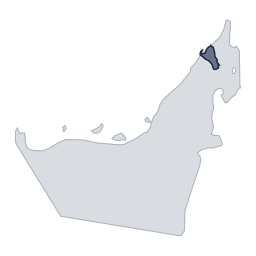 Umm Al Qaywayn highlighted on a map of United Arab Emirates
{"feature_id": "ARE-339", "entity_name": "Umm Al Qaywayn", "entity_type": "Emirate", "adm_level": 1, "iso_a3": "ARE", "parent_name": "United Arab Emirates", "parent_adm1": "", "projection": "equal_earth", "projection_center": [55.75, 25.47], "detail": "fine", "context": "in_parent", "style": "filled", "palette": "slate", "viewbox_px": 256, "rotation_deg": 0, "n_neighbors": 0, "source": "natural_earth", "source_scale": "10m", "svg_char_len": 3073}
<svg xmlns="http://www.w3.org/2000/svg" viewBox="0 0 256 256"><path d="M236.4,46.1L239.4,51.1L239.9,85.5L240.6,87.9L239.0,88.3L237.2,90.9L235.0,95.0L232.1,97.1L229.8,99.4L227.5,102.3L225.5,103.0L222.9,99.2L221.2,95.4L221.6,94.6L222.8,94.4L223.3,92.4L222.6,89.6L220.8,88.5L218.6,88.4L216.5,89.7L214.3,92.2L213.0,94.9L212.8,100.3L213.4,106.4L213.4,109.4L212.2,113.1L211.7,118.5L212.6,122.7L213.4,125.2L213.5,127.3L211.4,134.0L213.2,135.3L219.2,135.7L221.0,140.3L222.2,143.4L221.9,145.2L217.6,146.6L212.2,148.1L208.4,147.7L201.4,149.8L197.7,152.9L198.8,154.9L200.1,156.4L200.7,160.6L199.6,166.5L197.6,172.2L195.1,179.4L192.3,187.7L188.4,200.1L185.1,209.9L184.7,216.9L184.8,221.5L184.4,230.7L181.2,235.7L180.5,235.9L176.8,235.3L175.5,235.1L172.0,234.5L166.4,233.6L159.3,232.4L150.8,231.0L141.3,229.5L131.2,227.8L120.7,226.1L110.3,224.4L100.2,222.7L90.7,221.2L82.2,219.8L75.1,218.6L69.6,217.7L66.0,217.1L64.7,216.9L60.8,216.3L58.7,212.9L56.1,208.7L53.6,204.6L51.0,200.5L48.5,196.4L46.0,192.3L43.4,188.1L40.9,184.0L38.3,179.9L35.8,175.8L33.3,171.7L30.7,167.6L28.2,163.5L25.6,159.3L23.1,155.2L20.6,151.1L18.1,147.0L16.4,144.3L15.4,141.2L15.4,133.0L15.4,131.3L17.2,128.0L18.0,130.3L19.9,133.5L23.1,132.7L24.7,133.3L25.7,144.5L28.0,148.5L31.0,150.1L40.9,151.0L47.1,149.5L59.4,142.2L65.8,139.5L83.5,140.0L97.6,143.0L119.7,144.9L124.0,144.4L136.0,138.5L143.3,133.3L147.6,131.8L150.5,126.8L152.4,120.2L154.1,116.0L156.3,113.9L158.3,110.3L160.0,104.4L164.1,98.5L180.5,84.0L190.1,71.9L190.9,67.9L196.1,62.0L200.3,55.6L219.8,37.2L223.7,29.6L226.0,21.1L226.2,20.4L227.9,20.1L230.3,21.4L230.5,27.7L229.7,33.8L229.6,40.1L229.2,43.6L231.1,46.4L234.1,47.6L235.5,47.5L236.4,46.1ZM235.7,71.9L235.9,69.3L235.5,67.9L233.4,67.7L232.6,70.0L232.3,73.3L233.7,73.6L235.7,71.9ZM125.7,138.1L125.7,140.2L120.9,139.6L119.6,140.7L115.7,140.1L111.9,138.6L114.5,136.0L121.3,133.0L124.1,135.7L125.7,138.1ZM97.8,133.0L94.4,133.4L91.2,131.0L97.9,127.8L99.7,126.4L101.6,123.5L103.2,126.0L101.4,129.9L100.2,131.6L97.8,133.0ZM150.9,121.5L150.4,122.7L149.1,122.6L145.8,121.5L144.8,119.7L146.8,117.6L147.7,117.5L149.1,119.7L150.9,121.5ZM64.4,131.1L63.6,131.6L62.8,128.2L62.9,127.1L65.0,125.6L66.3,128.4L64.4,131.1Z" fill="#d9dde1" stroke="#a8b0b8" stroke-width="1"/><path d="M200.0,54.6L200.2,53.9L200.4,52.8L200.9,51.6L201.6,50.6L202.4,50.2L202.0,51.2L201.5,52.0L201.2,52.8L201.5,53.6L202.2,54.0L203.1,53.8L204.1,53.4L205.1,53.2L205.4,52.7L206.1,50.3L206.6,49.4L207.8,47.8L208.5,47.1L210.1,46.3L210.7,45.3L210.8,45.4L211.9,46.7L212.2,46.7L212.7,46.9L213.1,47.1L213.3,47.6L214.6,52.6L214.8,53.9L214.8,54.9L214.8,55.5L215.0,56.3L215.3,57.1L217.0,59.4L217.3,60.0L217.3,60.6L217.1,61.1L216.9,61.6L217.0,62.1L218.2,63.5L219.2,65.0L218.3,64.9L218.2,65.1L218.1,65.3L218.3,66.1L218.5,66.6L218.5,67.2L218.5,67.6L218.3,68.0L218.1,68.2L217.7,68.4L217.0,68.7L216.5,69.0L216.2,69.2L215.5,69.3L214.9,69.4L214.3,69.3L213.8,69.1L213.5,68.8L213.2,68.1L212.7,66.8L212.4,65.2L212.0,64.4L211.4,63.6L209.3,61.3L208.4,60.5L205.1,58.9L204.5,58.5L203.1,57.0L200.1,54.7L200.0,54.6Z" fill="#64748b" stroke="#1e293b" stroke-width="1.5"/></svg>